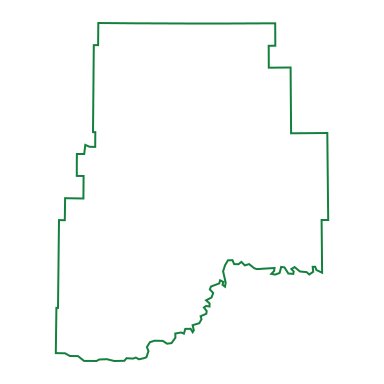 outline of Valley, Montana, United States of America
{"feature_id": "52423323B15703516824983", "entity_name": "Valley", "entity_type": "district", "adm_level": 2, "iso_a3": "USA", "parent_name": "United States of America", "parent_adm1": "Montana", "projection": "orthographic", "projection_center": [-106.597, 48.331], "detail": "fine", "context": "isolated", "style": "outline", "palette": "green", "viewbox_px": 384, "rotation_deg": 0, "n_neighbors": 0, "source": "geoboundaries", "source_scale": "gbopen_adm2", "svg_char_len": 1504}
<svg xmlns="http://www.w3.org/2000/svg" viewBox="0 0 384 384"><path d="M225.0,286.7L225.7,282.8L223.1,271.3L225.1,265.1L228.0,260.3L232.5,260.2L234.1,264.1L238.5,264.2L241.4,261.9L244.8,265.4L249.1,264.1L254.3,268.3L256.9,269.1L274.5,268.0L274.1,271.0L271.3,273.9L275.0,274.6L279.6,273.0L281.2,266.9L284.5,267.4L288.3,273.5L293.3,273.9L293.7,271.5L291.4,269.0L294.6,267.1L300.0,271.5L306.6,272.1L309.3,274.5L313.2,271.8L312.7,266.8L315.2,266.8L316.4,270.0L322.1,272.7L321.7,229.2L321.6,220.0L328.2,220.0L327.3,133.0L291.1,133.3L290.6,67.5L268.8,67.7L268.7,45.8L275.3,45.7L275.2,23.3L253.1,23.4L231.1,23.5L215.2,23.5L184.8,23.5L134.3,23.3L98.3,23.0L98.1,45.1L93.8,45.1L93.0,132.1L95.3,132.1L95.2,146.9L89.6,146.8L85.3,144.9L84.2,154.0L76.9,154.0L76.8,164.3L76.8,175.9L83.6,176.0L83.4,198.5L65.1,198.2L64.8,220.2L59.0,220.1L58.0,307.9L56.4,307.9L55.8,353.1L65.1,353.3L69.9,356.0L78.0,356.1L84.0,360.9L96.5,361.0L99.3,359.5L106.9,359.2L114.3,361.0L124.4,360.8L126.5,358.2L133.0,358.6L135.8,357.6L139.0,359.3L144.6,358.0L146.5,357.1L148.5,351.1L146.9,347.1L149.9,342.2L154.6,340.7L162.8,340.9L167.1,343.7L171.5,343.1L175.4,337.7L175.3,333.5L181.2,332.5L183.9,333.6L185.3,328.9L190.6,328.8L192.7,332.2L193.8,330.3L192.6,325.2L199.3,323.2L201.5,319.2L200.6,316.2L206.3,313.8L206.7,311.1L203.9,307.5L206.1,306.0L209.5,306.5L209.6,303.4L206.1,300.3L211.5,297.5L213.2,293.0L209.8,289.4L211.0,286.5L219.3,283.4L220.1,280.3L223.3,281.9L222.5,284.8L225.0,286.7Z" fill="none" stroke="#15803d" stroke-width="2"/></svg>